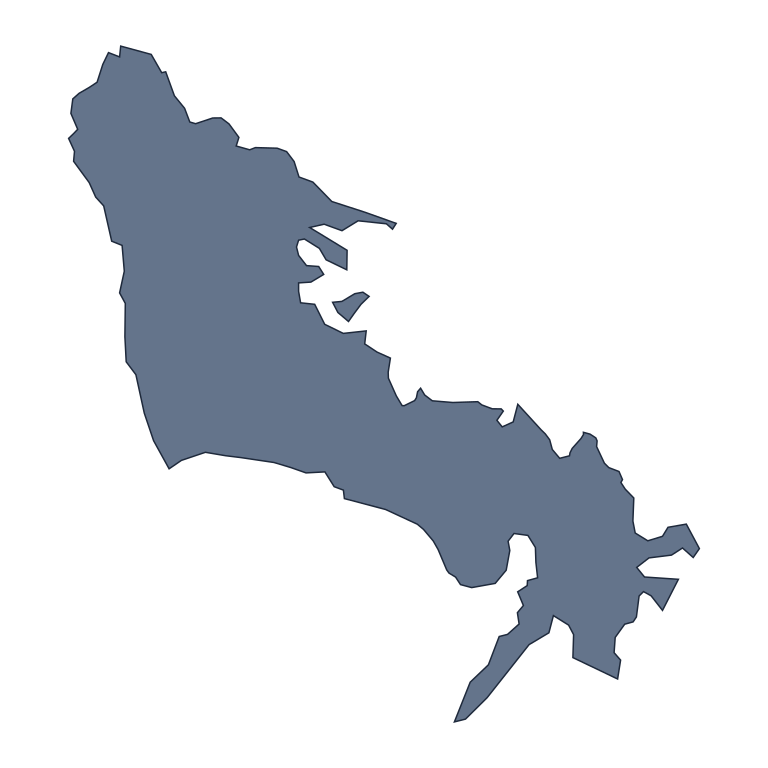 Plaquemines, Louisiana, United States of America
{"feature_id": "52423323B22525297064489", "entity_name": "Plaquemines", "entity_type": "district", "adm_level": 2, "iso_a3": "USA", "parent_name": "United States of America", "parent_adm1": "Louisiana", "projection": "robinson", "projection_center": [-89.516, 29.417], "detail": "fine", "context": "isolated", "style": "filled", "palette": "slate", "viewbox_px": 768, "rotation_deg": 0, "n_neighbors": 0, "source": "geoboundaries", "source_scale": "gbopen_adm2", "svg_char_len": 2592}
<svg xmlns="http://www.w3.org/2000/svg" viewBox="0 0 768 768"><path d="M165.7,71.8L161.7,72.7L151.2,54.4L120.7,46.1L119.6,56.9L108.5,52.6L102.8,64.4L97.1,82.2L89.1,87.5L79.1,93.3L72.8,98.9L70.9,113.4L77.7,129.3L73.5,133.7L68.6,138.4L74.5,151.3L73.6,161.3L89.2,182.6L95.7,197.1L103.7,205.9L111.7,241.2L122.1,245.4L124.3,271.2L119.6,292.9L125.3,303.4L124.9,336.7L126.2,361.8L135.9,374.7L144.3,413.2L153.6,440.7L169.1,468.8L181.4,460.4L205.4,452.3L225.5,455.7L241.0,457.6L274.0,462.5L291.0,467.6L306.0,472.9L324.9,471.9L334.2,486.7L343.4,490.1L344.4,498.6L385.6,509.5L417.3,524.2L423.5,529.4L433.2,540.9L438.1,549.5L446.7,569.9L449.0,573.1L455.6,577.1L460.5,584.6L471.7,587.6L495.2,583.4L506.2,570.2L509.8,550.5L508.1,541.2L514.0,533.5L527.9,535.4L535.4,547.5L535.9,562.4L537.6,577.8L527.5,580.6L527.2,585.6L517.7,591.8L523.4,605.5L517.4,612.7L519.1,624.0L507.5,634.4L499.2,636.5L488.4,664.8L470.2,682.2L454.4,721.9L461.6,720.1L465.5,719.1L487.1,697.7L529.1,644.6L548.9,632.8L553.4,615.6L568.6,625.1L573.6,634.6L572.9,657.6L617.6,679.0L620.6,660.1L614.1,652.7L615.2,637.4L624.7,624.2L633.1,621.9L636.4,617.0L639.1,596.0L643.5,591.6L651.1,595.8L662.5,610.4L678.4,579.3L644.5,577.0L636.7,567.4L649.0,557.9L671.5,555.1L682.5,548.0L693.2,557.5L699.4,548.6L686.3,524.1L668.0,527.3L662.5,536.3L647.8,540.8L635.2,533.0L632.9,521.1L633.8,498.0L625.2,489.1L620.9,482.5L622.5,479.6L619.0,471.5L608.8,467.6L604.4,463.2L596.6,446.6L597.1,440.9L595.8,437.9L590.0,434.1L583.4,432.3L583.5,434.5L581.0,438.5L572.2,448.4L570.0,452.8L569.5,455.8L559.7,458.3L552.3,449.5L549.7,439.8L545.3,433.9L541.1,429.8L517.8,404.3L513.2,421.9L502.2,426.9L496.9,420.3L503.3,411.1L501.2,408.9L492.2,408.8L481.8,404.9L477.8,401.7L452.8,402.5L432.3,400.8L424.7,395.0L420.6,388.2L417.6,391.7L416.4,397.8L414.6,400.6L404.2,405.7L402.1,405.6L396.3,395.9L388.4,378.2L388.2,372.1L390.4,358.1L377.1,352.1L364.7,343.9L366.2,330.9L343.3,333.4L324.7,324.3L314.7,304.3L300.6,302.8L298.6,291.3L298.6,282.9L310.9,282.1L323.7,274.4L318.7,266.5L306.5,265.6L298.6,255.4L296.5,247.0L298.6,240.2L304.4,239.0L319.4,248.4L326.1,259.8L346.8,269.8L347.1,250.3L309.7,227.5L324.1,224.2L342.0,230.7L358.1,220.8L386.4,223.8L392.5,229.2L396.2,223.4L365.4,212.4L331.8,201.5L312.9,182.1L299.0,177.0L294.1,161.5L286.6,151.6L277.2,148.2L255.4,147.6L249.7,149.8L236.2,146.0L238.9,137.4L229.0,123.9L221.1,117.9L212.7,118.0L195.6,123.7L189.8,122.0L184.6,108.3L174.4,95.8L165.7,71.8ZM332.6,302.3L337.9,312.5L348.5,321.5L354.0,313.7L361.0,304.3L369.1,296.4L362.9,292.2L354.8,293.7L341.9,301.4L332.6,302.3Z" fill="#64748b" stroke="#1e293b" stroke-width="1.5"/></svg>